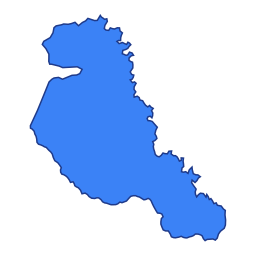 Santo Augusto, Rio Grande do Sul, Brazil
{"feature_id": "56859067B5859001654584", "entity_name": "Santo Augusto", "entity_type": "district", "adm_level": 2, "iso_a3": "BRA", "parent_name": "Brazil", "parent_adm1": "Rio Grande do Sul", "projection": "equal_earth", "projection_center": [-53.726, -27.897], "detail": "fine", "context": "isolated", "style": "filled", "palette": "blue", "viewbox_px": 256, "rotation_deg": 0, "n_neighbors": 0, "source": "geoboundaries", "source_scale": "gbopen_adm2", "svg_char_len": 3609}
<svg xmlns="http://www.w3.org/2000/svg" viewBox="0 0 256 256"><path d="M75.0,22.3L71.3,23.6L68.2,24.3L63.6,24.0L61.5,24.8L56.1,25.9L54.0,27.7L53.0,32.8L50.2,37.6L43.8,41.3L42.3,44.4L45.9,48.6L48.9,54.1L48.9,57.9L48.8,61.4L49.7,64.2L51.5,64.2L59.2,66.1L62.7,67.6L77.3,66.8L82.1,69.3L79.8,73.6L76.7,75.0L72.0,75.3L62.5,79.2L58.5,77.4L54.0,78.0L51.8,79.3L49.1,81.9L43.8,95.0L40.9,102.1L37.4,110.6L30.4,125.7L30.5,128.2L32.1,129.0L34.2,131.3L34.8,133.9L36.1,136.4L36.7,139.0L37.0,142.3L38.5,144.2L40.8,144.9L42.8,145.8L44.4,146.8L46.3,147.4L48.7,150.1L50.8,152.0L52.2,153.9L53.3,157.5L54.8,160.7L57.8,162.7L59.8,165.3L61.3,167.7L60.5,169.9L60.7,172.3L61.9,174.2L63.6,174.6L65.8,175.9L67.5,177.4L69.2,179.8L70.5,182.4L73.0,181.8L74.2,183.6L74.8,185.7L76.3,186.8L78.4,187.8L80.5,190.2L82.0,193.8L85.1,193.1L87.4,194.5L89.1,196.6L91.6,198.2L94.7,198.5L96.9,197.8L98.7,197.9L101.0,199.6L102.6,201.8L104.7,202.9L106.7,203.2L108.6,203.9L111.0,204.7L113.3,204.7L115.8,204.6L117.8,203.8L119.9,202.1L122.0,202.7L124.1,201.9L126.5,201.0L127.9,199.4L129.3,197.8L130.8,196.3L133.3,195.7L135.7,195.7L137.4,196.5L139.4,197.0L141.8,198.5L143.9,199.8L145.7,199.5L148.1,198.4L149.8,199.2L151.1,200.8L152.4,203.8L153.8,206.7L156.0,210.6L157.5,213.0L160.3,213.3L161.9,214.1L163.1,216.8L161.4,218.5L160.9,221.7L160.9,224.2L161.9,226.9L163.2,229.9L165.5,230.9L168.4,231.0L170.3,234.1L171.4,236.8L173.5,237.6L175.4,237.8L178.9,237.1L181.2,236.3L183.4,237.4L185.2,237.8L186.9,237.9L189.7,236.8L191.6,236.4L193.6,235.5L195.4,234.0L198.2,234.1L200.5,234.8L202.1,235.8L203.4,238.7L205.1,240.6L207.1,239.4L209.9,239.2L213.0,239.0L215.3,240.1L217.2,238.2L218.5,234.0L220.5,231.2L224.2,228.3L225.4,225.1L225.6,220.0L225.0,215.0L225.1,212.7L225.3,210.4L223.4,209.0L221.2,206.0L217.4,205.3L216.2,202.9L213.9,203.6L212.4,200.7L210.9,198.6L209.3,199.5L208.3,196.8L206.8,194.5L206.0,197.1L203.4,193.6L200.4,193.2L198.4,194.7L196.7,196.9L195.5,194.4L195.2,191.9L196.1,189.1L193.7,185.8L191.6,182.7L192.1,180.1L195.0,182.5L196.9,180.6L198.4,178.0L200.3,176.7L197.9,174.9L195.8,174.8L193.3,173.7L192.3,169.8L192.0,167.1L189.3,169.8L188.0,173.4L185.7,171.7L183.4,172.2L181.5,171.7L182.0,168.0L183.7,166.5L183.5,163.9L183.1,161.1L183.5,158.1L181.2,157.9L181.2,160.4L179.4,161.1L178.2,158.7L177.1,156.9L175.5,155.7L173.5,155.7L171.1,153.9L171.6,151.0L168.9,151.2L167.4,153.8L164.8,153.6L163.0,153.0L161.2,155.4L159.2,156.8L157.3,156.3L155.3,154.5L154.5,151.3L153.7,149.1L153.3,146.5L153.8,144.3L152.7,141.6L154.8,140.6L156.9,138.5L156.3,136.3L154.9,133.9L155.8,130.2L157.3,127.2L156.0,125.8L154.0,123.5L152.3,121.5L150.2,120.8L148.0,120.6L147.1,118.6L148.1,116.7L150.2,116.2L151.9,117.8L152.6,115.8L152.8,113.0L151.5,110.7L153.2,108.4L151.1,107.2L149.6,105.5L147.8,106.9L145.6,105.3L144.2,103.4L142.6,100.7L139.9,100.0L139.2,97.6L137.3,96.2L134.2,97.1L133.9,94.7L135.8,91.9L134.0,89.4L134.2,86.7L136.1,83.3L134.5,81.9L132.4,82.6L130.2,79.9L132.1,79.2L133.2,77.4L133.8,75.1L131.6,74.4L130.2,71.9L131.5,69.9L132.8,68.0L132.9,64.8L132.5,62.2L130.8,61.6L129.0,60.4L129.1,57.9L131.4,55.7L133.5,55.3L132.1,53.0L129.5,52.1L127.7,54.9L126.0,55.3L124.1,54.4L122.3,53.7L122.8,50.4L125.7,49.5L127.8,48.4L129.0,46.5L130.8,44.7L129.5,43.1L127.9,42.2L126.6,44.4L124.6,43.6L122.5,42.5L119.1,43.6L116.9,41.4L118.5,40.5L120.6,40.6L120.7,37.7L121.3,35.4L122.4,32.9L120.0,30.9L119.5,27.9L117.3,27.8L114.5,29.0L112.3,28.6L110.3,27.9L108.7,30.4L106.0,30.1L104.3,28.6L104.9,25.4L107.3,21.4L106.8,18.8L104.6,19.3L103.0,18.1L101.4,17.1L100.3,15.4L97.3,20.4L94.7,20.6L87.9,18.4L85.6,20.9L82.4,22.5L78.5,25.7L75.0,22.3Z" fill="#3b82f6" stroke="#1e3a8a" stroke-width="1.5"/></svg>